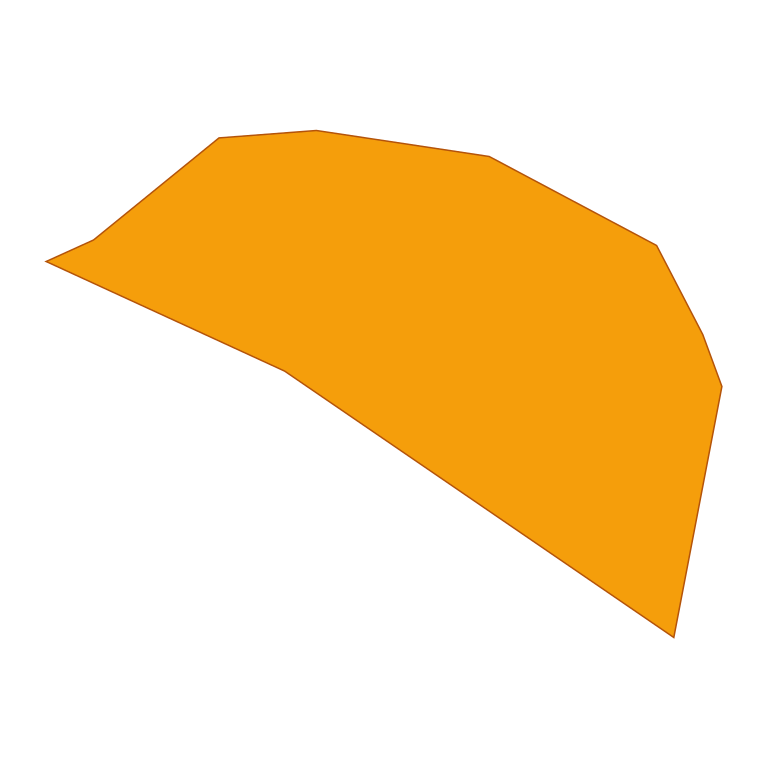 Port of Spain, orthographic projection
{"feature_id": "TTO-64", "entity_name": "Port of Spain", "entity_type": "City", "adm_level": 1, "iso_a3": "TTO", "parent_name": "Trinidad and Tobago", "parent_adm1": "", "projection": "orthographic", "projection_center": [-61.515, 10.657], "detail": "fine", "context": "isolated", "style": "filled", "palette": "amber", "viewbox_px": 768, "rotation_deg": 0, "n_neighbors": 0, "source": "natural_earth", "source_scale": "10m", "svg_char_len": 262}
<svg xmlns="http://www.w3.org/2000/svg" viewBox="0 0 768 768"><path d="M673.8,637.5L284.6,371.1L46.1,261.5L93.5,240.0L219.0,137.9L316.3,130.5L489.2,156.5L656.6,245.5L702.8,334.6L721.9,386.5L673.8,637.5Z" fill="#f59e0b" stroke="#b45309" stroke-width="1.5"/></svg>